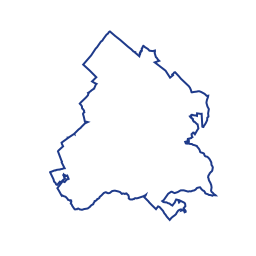 Epureni, Vaslui, Romania (Mercator projection), rotated 259°
{"feature_id": "2599482B68083638568596", "entity_name": "Epureni", "entity_type": "district", "adm_level": 2, "iso_a3": "ROU", "parent_name": "Romania", "parent_adm1": "Vaslui", "projection": "mercator", "projection_center": [27.894, 46.246], "detail": "fine", "context": "isolated", "style": "outline", "palette": "blue", "viewbox_px": 256, "rotation_deg": 259, "n_neighbors": 0, "source": "geoboundaries", "source_scale": "gbopen_adm2", "svg_char_len": 5710}
<svg xmlns="http://www.w3.org/2000/svg" viewBox="0 0 256 256"><g transform="rotate(259 128 128)"><path d="M198.8,96.1L191.8,101.3L183.9,106.6L180.6,101.6L178.9,103.4L177.3,105.5L176.8,104.7L174.1,102.9L173.6,102.5L173.2,101.9L173.0,102.0L171.9,99.3L171.3,98.4L170.3,96.2L170.1,95.6L169.6,95.9L169.3,95.5L168.2,95.2L167.8,94.9L167.2,94.2L166.0,92.6L162.0,86.4L161.1,85.3L159.5,86.3L158.1,86.9L156.3,86.7L155.8,86.8L155.0,87.5L153.2,88.2L152.3,87.9L151.8,88.1L151.3,87.2L150.4,86.5L146.9,86.8L142.5,86.9L142.3,87.0L142.1,88.4L141.5,89.6L140.9,87.1L140.6,86.4L137.9,82.4L137.2,81.6L136.0,79.2L132.7,74.3L132.2,74.3L132.3,74.2L132.3,73.5L130.1,68.2L130.1,67.9L130.0,68.0L126.3,60.0L124.9,60.1L122.4,60.8L120.1,57.0L119.1,55.4L118.5,54.8L108.3,56.5L107.7,56.8L106.9,56.3L100.6,58.1L100.7,57.0L100.4,56.0L100.4,53.5L100.2,53.2L100.4,52.0L100.5,50.0L100.3,49.5L100.4,49.1L100.2,48.6L100.4,47.5L100.1,46.7L100.0,45.7L99.8,45.2L99.8,44.7L99.6,44.1L99.7,43.8L99.7,43.3L99.4,43.1L91.8,45.1L89.5,45.2L88.0,46.3L86.3,46.7L85.9,47.2L85.7,47.6L85.9,47.9L88.3,50.9L87.5,51.8L89.2,54.1L90.5,56.4L92.1,55.9L92.3,56.1L94.0,55.5L94.1,55.9L94.6,56.1L94.2,56.4L94.0,56.7L93.9,56.5L93.6,56.6L93.4,56.9L92.5,57.1L92.9,59.3L89.4,60.0L89.3,59.4L89.1,59.0L89.3,58.2L87.0,55.5L87.3,54.9L88.7,54.3L82.4,47.2L79.4,48.3L75.0,49.7L74.1,50.1L74.4,50.6L74.3,50.8L73.7,51.3L72.4,53.6L70.1,55.1L69.1,55.3L68.3,56.6L67.8,57.0L67.6,57.6L68.5,58.6L67.4,58.2L66.4,58.3L65.1,57.5L64.8,57.4L63.7,58.1L62.0,58.5L58.4,60.1L58.1,61.1L58.2,61.6L58.0,62.4L58.3,62.7L58.5,63.7L57.8,64.6L57.4,64.9L56.9,66.2L56.6,66.9L56.5,67.5L56.8,69.5L56.7,72.4L56.7,73.1L58.1,76.0L58.6,76.3L59.3,77.6L59.8,79.3L60.5,79.6L61.8,80.9L62.6,81.3L62.6,82.1L63.3,83.6L63.9,84.0L64.2,84.5L64.2,85.4L64.9,86.6L65.8,87.1L66.8,89.0L68.8,91.8L69.2,93.6L68.8,94.7L68.1,95.2L67.7,96.4L67.7,97.7L69.1,100.4L69.1,102.1L69.0,103.2L67.5,106.5L66.6,108.0L64.5,109.4L64.5,109.8L64.7,110.1L64.7,110.5L64.4,111.5L63.9,112.2L63.9,112.9L64.2,113.7L63.9,114.2L63.0,114.6L62.0,115.5L60.2,115.7L58.7,115.3L57.5,116.4L57.2,117.6L57.0,118.5L57.2,119.6L57.1,120.3L57.6,120.9L57.7,121.8L57.3,123.1L57.3,124.3L58.1,130.3L58.5,131.3L58.4,131.8L58.9,132.7L58.4,132.4L57.2,130.6L51.9,134.2L51.1,134.5L47.6,136.8L43.0,140.0L45.3,142.6L44.4,143.9L39.9,146.6L37.2,147.4L35.6,148.4L35.3,148.4L33.5,149.2L29.8,151.4L31.6,153.6L32.8,155.9L33.2,156.9L34.2,158.6L35.8,159.9L37.3,161.5L37.8,162.8L38.0,164.0L37.9,164.7L37.3,165.3L37.1,165.4L36.8,165.1L36.9,165.8L36.8,166.3L35.9,167.3L34.5,167.5L34.7,168.6L35.0,168.7L35.8,168.7L38.6,167.2L40.3,169.4L42.6,169.6L43.5,169.3L44.1,168.8L46.9,165.1L45.3,164.3L45.1,163.9L46.7,163.7L47.5,164.1L48.6,161.7L48.1,161.4L47.9,161.0L45.9,159.7L45.0,158.5L43.4,156.8L44.3,155.7L46.0,154.2L46.5,153.0L47.7,151.6L47.9,150.3L48.1,150.0L48.4,149.0L48.8,148.4L49.7,147.7L50.0,148.5L50.6,149.5L55.8,154.9L57.1,158.0L57.1,158.8L55.6,160.7L55.2,161.4L55.6,164.5L56.7,167.7L56.6,168.5L56.3,170.3L56.1,171.0L54.1,174.9L54.2,176.0L53.8,177.8L54.1,179.3L54.1,181.0L54.6,182.5L55.4,183.6L55.7,183.8L56.0,184.5L56.1,186.6L56.0,187.5L54.0,188.4L53.0,189.1L52.3,189.7L52.0,190.1L51.8,190.5L50.5,191.2L49.2,191.4L48.9,191.7L47.7,193.8L46.9,194.6L46.2,196.7L45.4,197.9L45.4,198.1L46.1,199.1L45.4,200.4L45.2,201.2L45.5,201.0L46.4,199.9L48.3,198.8L49.0,198.1L49.9,197.7L50.8,197.6L53.7,198.7L56.1,198.8L58.8,198.3L60.1,197.8L61.9,197.4L62.9,197.5L64.3,197.2L66.0,197.9L66.8,198.8L68.0,199.6L68.2,200.0L68.9,200.8L69.2,201.5L69.7,202.2L70.2,202.6L73.0,203.7L74.1,203.6L75.9,202.9L78.4,203.2L81.4,202.3L82.7,201.7L84.2,200.7L84.7,200.2L85.3,198.8L86.0,198.1L87.1,197.8L88.1,197.8L88.5,197.6L88.7,197.2L89.0,197.0L89.3,196.5L90.3,194.6L90.9,194.2L92.1,194.2L93.0,194.0L94.2,193.6L96.5,192.3L97.3,192.1L97.7,191.1L98.2,190.5L99.2,188.4L100.1,187.6L100.5,185.9L101.2,184.5L101.3,183.4L101.7,182.0L101.9,181.8L103.5,181.5L103.7,183.6L103.5,183.8L102.6,184.0L102.5,184.8L102.7,185.1L103.9,185.3L104.3,185.3L104.3,184.5L104.4,184.4L104.8,184.4L104.8,184.8L105.9,184.8L106.0,187.6L106.1,188.2L106.5,188.4L106.8,189.5L108.6,189.1L109.8,189.2L111.0,191.0L110.4,191.4L110.6,191.8L109.1,192.5L112.6,195.5L114.1,197.0L118.3,197.0L118.5,196.6L121.6,194.4L121.6,193.9L121.9,193.7L123.1,193.2L124.0,193.4L125.2,192.5L125.2,192.8L126.0,192.2L126.9,191.3L127.6,191.0L127.7,191.6L127.3,191.7L127.4,192.3L128.4,192.4L128.8,192.7L128.8,193.0L128.7,193.5L127.7,195.5L127.5,196.6L126.7,198.0L129.2,198.6L128.0,202.0L127.9,203.0L115.7,201.3L115.1,201.2L114.9,201.4L114.6,202.2L115.6,202.9L116.4,203.8L118.0,205.3L120.6,207.2L123.0,207.8L123.8,209.1L124.2,209.2L127.0,209.4L131.0,210.9L131.4,210.9L133.9,210.1L137.4,209.8L138.2,209.9L140.4,210.8L143.3,212.5L144.4,212.9L144.4,211.7L144.6,211.3L146.4,210.1L147.0,209.6L149.4,206.7L150.4,205.1L150.7,203.8L150.6,202.6L150.8,199.6L150.8,197.5L151.0,197.2L153.3,197.0L155.6,196.5L157.4,195.7L166.2,189.4L169.1,187.8L173.4,185.1L173.8,184.8L173.6,183.8L172.7,182.9L172.1,181.7L171.2,182.2L169.4,178.9L177.1,175.8L187.3,166.8L188.0,171.4L189.2,170.5L191.2,169.7L192.3,168.9L196.5,168.5L196.9,168.5L197.7,169.0L198.9,169.2L198.8,168.0L198.8,166.9L199.8,163.8L201.8,162.6L204.3,159.9L205.0,159.5L205.7,158.7L205.2,158.1L204.7,157.9L204.1,157.4L203.8,157.3L203.5,156.8L203.2,156.9L202.9,156.6L202.6,156.6L201.9,156.2L201.4,156.4L201.0,156.2L200.7,155.8L201.0,155.7L201.1,155.2L200.1,154.5L199.5,154.5L199.2,154.2L199.3,153.9L198.9,153.7L198.5,154.1L198.0,153.9L197.2,153.2L196.3,152.8L200.6,149.4L201.1,149.6L202.0,148.0L204.6,146.3L207.8,143.5L215.9,137.2L220.6,133.1L226.2,128.7L226.2,128.4L225.6,127.3L224.6,126.5L223.7,124.7L220.3,121.0L218.6,119.4L218.2,118.3L217.5,117.4L213.2,113.0L212.1,111.4L206.3,105.7L198.8,96.1Z" fill="none" stroke="#1e3a8a" stroke-width="2"/></g></svg>